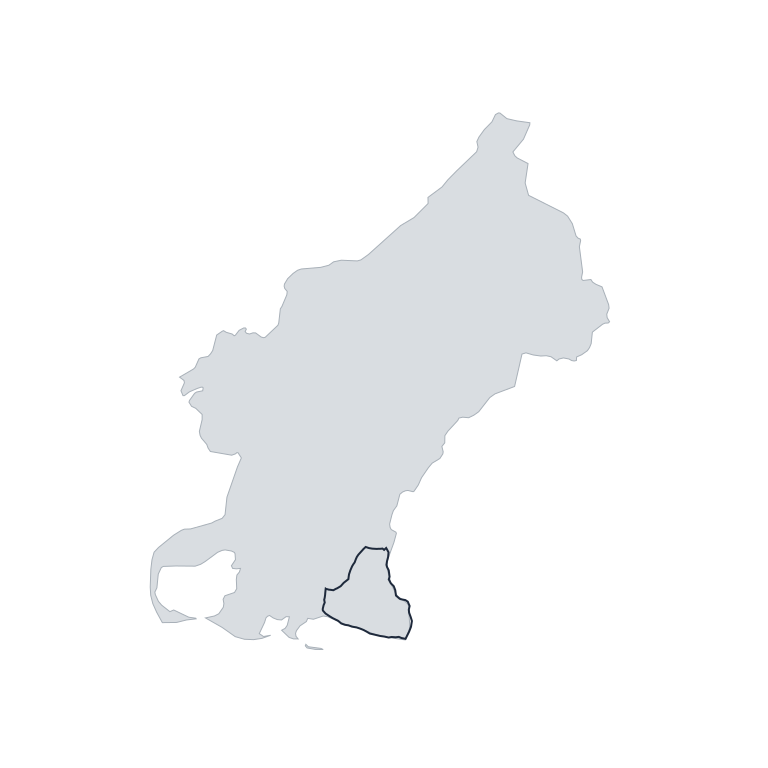 Etrek, Balkan, Turkmenistan (highlighted), rotated 287°
{"feature_id": "10190150B33098588070062", "entity_name": "Etrek", "entity_type": "district", "adm_level": 2, "iso_a3": "TKM", "parent_name": "Turkmenistan", "parent_adm1": "Balkan", "projection": "orthographic", "projection_center": [54.674, 38.185], "detail": "fine", "context": "in_parent", "style": "outline", "palette": "slate", "viewbox_px": 768, "rotation_deg": 287, "n_neighbors": 0, "source": "geoboundaries", "source_scale": "gbopen_adm2", "svg_char_len": 5036}
<svg xmlns="http://www.w3.org/2000/svg" viewBox="0 0 768 768"><g transform="rotate(287 384 384)"><path d="M229.9,266.9L261.8,268.1L271.6,269.2L275.6,264.5L275.3,263.3L273.8,262.4L271.4,259.2L268.7,237.7L271.3,234.5L274.4,232.2L278.8,225.3L281.2,223.1L284.7,221.3L296.7,220.5L301.7,219.0L305.7,211.1L306.4,206.5L309.6,202.8L311.4,202.8L319.7,205.6L321.5,207.1L324.5,212.6L327.5,212.2L327.9,211.2L327.5,210.0L325.0,206.5L319.7,200.3L314.5,196.5L314.1,195.2L318.2,191.8L326.8,192.8L328.9,191.7L330.8,186.5L342.7,197.5L344.8,198.6L353.9,199.7L355.5,201.2L358.9,207.7L362.1,209.3L365.9,210.4L381.9,209.7L387.2,213.9L388.1,215.0L387.3,218.1L387.4,224.2L386.3,226.6L387.2,227.6L393.0,229.8L396.6,233.5L397.1,235.1L396.2,236.3L393.5,235.9L392.3,237.7L392.5,240.8L394.6,243.7L395.3,246.3L393.0,252.8L393.1,255.4L394.0,256.8L409.2,265.4L411.6,265.5L425.6,262.9L428.3,263.7L440.8,265.0L444.2,264.4L446.3,261.2L448.4,259.9L450.5,259.6L456.6,261.1L463.1,264.7L467.5,268.1L469.8,271.3L477.0,289.3L481.4,296.5L486.1,300.1L489.9,307.0L493.9,322.5L495.9,325.6L503.2,331.2L540.4,353.6L552.0,364.1L569.5,373.4L575.3,371.5L589.4,381.9L598.0,385.4L609.3,391.3L633.2,404.7L638.0,404.7L643.0,401.9L647.9,402.6L656.7,405.6L666.3,410.6L674.2,411.8L676.7,414.2L677.0,415.7L673.7,423.9L674.4,433.9L676.5,447.1L674.4,447.6L658.9,445.8L643.6,439.4L640.5,442.4L639.1,445.3L636.9,457.3L617.5,460.2L606.7,467.1L600.1,505.6L598.2,510.5L592.4,517.2L581.7,524.4L580.2,527.0L580.0,529.3L578.7,530.1L572.4,530.7L549.2,541.2L544.0,541.7L541.9,542.5L541.2,544.1L544.4,551.3L542.4,553.7L541.3,557.5L540.6,564.1L525.6,575.6L522.3,577.1L515.9,576.6L512.7,578.0L509.5,581.5L507.9,580.6L506.8,577.5L505.0,575.5L494.5,568.1L483.2,570.3L478.9,569.9L475.4,568.8L469.8,564.5L466.2,560.3L462.7,561.1L461.6,559.1L461.3,556.6L462.0,553.6L461.4,548.0L459.1,544.1L456.7,542.5L458.9,535.8L458.5,530.9L456.6,525.8L455.4,518.2L455.3,510.7L453.0,507.2L419.8,509.6L407.0,493.0L401.9,489.1L385.2,482.7L380.4,479.0L376.5,474.8L375.3,469.0L373.3,465.6L370.7,465.2L357.6,458.9L352.4,457.3L345.5,459.3L341.2,457.6L336.5,460.4L334.4,460.7L329.1,459.2L322.4,453.2L316.9,450.9L305.4,447.3L297.4,446.3L290.3,444.1L289.5,443.3L289.2,438.0L288.2,435.8L286.1,433.3L283.2,431.4L271.2,431.9L265.7,430.0L261.3,429.8L251.7,430.3L248.6,431.8L246.9,433.5L245.8,438.7L244.8,439.5L235.5,439.8L215.7,438.8L207.4,441.5L194.6,449.5L187.2,456.2L185.1,459.1L180.7,470.9L178.8,472.6L176.2,474.0L173.7,474.2L161.8,478.8L157.2,479.9L145.5,479.2L142.8,461.8L141.9,448.0L143.4,429.0L142.9,416.7L145.0,398.1L144.3,393.6L138.4,385.3L137.6,379.6L134.1,379.2L128.2,374.4L122.5,372.4L119.7,372.3L117.0,373.6L115.1,376.4L113.8,372.0L113.9,367.4L118.6,358.1L121.4,360.9L124.9,362.0L133.7,361.6L132.9,358.4L128.4,355.0L127.5,350.8L127.9,346.4L129.2,342.2L127.8,340.5L125.8,339.5L121.1,339.5L108.8,337.7L107.3,342.6L110.6,349.1L105.1,341.7L101.4,334.0L99.1,325.2L98.9,315.6L103.9,300.4L108.1,281.7L112.6,289.7L116.0,293.2L123.5,295.6L127.2,295.1L131.1,293.1L135.0,293.8L140.9,302.0L145.2,303.0L154.0,299.9L158.3,299.2L161.9,300.7L165.7,300.7L164.1,296.9L163.4,293.2L165.6,291.2L172.6,293.3L178.1,291.2L179.2,290.2L179.7,287.0L178.9,280.6L177.6,277.9L174.4,274.1L162.1,265.0L158.0,261.4L154.6,256.7L149.1,238.1L145.0,226.2L143.3,224.7L136.2,223.7L122.7,226.4L118.0,225.7L115.7,226.9L110.2,231.8L107.5,236.0L103.7,245.8L106.4,249.0L103.9,265.5L105.0,272.5L104.5,273.0L100.6,264.1L95.3,255.3L91.0,241.8L99.3,233.3L106.3,227.2L113.7,222.7L121.5,219.8L138.7,215.2L148.2,213.5L155.9,213.3L161.8,216.2L177.9,227.0L184.8,233.0L186.8,235.5L188.8,241.3L200.7,259.9L203.5,262.6L208.2,268.5L212.6,270.2L229.9,266.9ZM112.7,401.0L112.3,403.5L110.1,395.9L109.1,387.6L110.6,385.3L112.2,385.4L110.6,388.4L112.7,401.0Z" fill="#d9dde1" stroke="#a8b0b8" stroke-width="1"/><path d="M147.4,395.2L146.0,399.9L145.1,403.4L144.1,409.4L142.5,413.1L142.3,417.1L142.8,420.5L142.6,424.4L143.2,429.0L143.1,433.0L142.8,436.3L142.1,439.8L141.2,443.5L141.4,445.8L141.7,450.6L141.9,454.0L142.6,458.3L142.9,462.6L144.3,465.2L145.2,469.2L146.5,472.1L146.2,475.0L146.6,479.1L154.4,480.4L159.7,480.8L165.5,480.0L168.9,477.7L172.6,474.9L175.4,473.7L179.2,473.4L181.2,471.7L182.8,470.4L183.6,467.6L183.3,464.8L183.1,462.4L183.5,461.1L185.2,457.3L190.2,455.0L193.5,452.4L195.4,448.8L198.5,445.7L201.3,445.7L207.2,443.0L210.0,440.3L211.8,439.2L215.3,438.7L219.8,438.5L224.1,437.6L224.4,437.5L226.8,435.1L227.7,434.1L227.8,434.0L225.4,432.6L226.2,430.7L225.5,429.1L224.6,426.4L224.2,425.4L223.1,420.8L222.7,417.6L222.8,414.1L219.8,412.4L219.7,412.4L213.3,409.4L210.7,408.6L208.3,408.3L204.8,408.1L202.8,407.4L200.4,406.8L196.0,406.3L191.8,406.2L189.1,406.6L187.0,407.0L182.1,403.6L179.5,402.4L178.0,401.7L174.9,398.9L174.0,397.8L172.0,395.9L171.4,392.2L171.2,391.5L171.2,389.9L171.1,388.4L171.2,388.1L170.6,388.2L168.1,388.7L166.6,389.0L165.3,389.3L163.5,389.6L162.0,389.8L160.1,389.9L160.0,390.0L159.0,390.5L157.7,391.2L155.5,391.0L155.0,390.9L152.1,391.1L150.9,391.2L150.3,391.4L149.5,391.8L149.0,392.6L147.4,395.2Z" fill="none" stroke="#1e293b" stroke-width="2"/></g></svg>